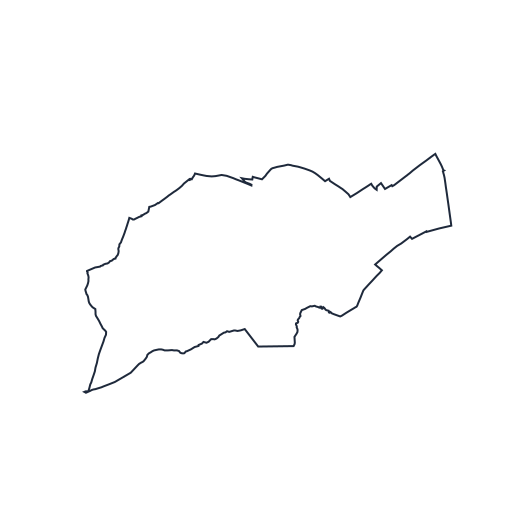 the district of Sarata, Bacau, Romania, rotated 342°
{"feature_id": "2599482B72000183415185", "entity_name": "Sarata", "entity_type": "district", "adm_level": 2, "iso_a3": "ROU", "parent_name": "Romania", "parent_adm1": "Bacau", "projection": "natural_earth1", "projection_center": [26.869, 46.503], "detail": "fine", "context": "isolated", "style": "outline", "palette": "slate", "viewbox_px": 512, "rotation_deg": 342, "n_neighbors": 0, "source": "geoboundaries", "source_scale": "gbopen_adm2", "svg_char_len": 5756}
<svg xmlns="http://www.w3.org/2000/svg" viewBox="0 0 512 512"><g transform="rotate(342 256 256)"><path d="M461.2,232.8L460.7,232.4L460.5,229.2L460.4,228.1L460.1,225.8L459.6,223.0L458.4,216.5L458.1,214.3L456.4,214.8L452.7,216.0L446.9,218.0L442.8,219.3L439.7,220.3L434.9,222.0L431.5,223.2L427.7,224.8L425.7,225.5L423.9,226.2L423.2,226.4L409.3,231.3L407.2,231.7L406.9,230.5L401.3,231.7L399.4,232.1L397.4,225.3L392.3,227.3L391.2,230.3L390.0,228.7L389.5,227.8L389.1,226.9L388.3,224.9L387.9,222.9L387.0,223.1L386.0,223.4L384.9,223.7L384.2,223.9L380.8,224.8L378.7,225.3L371.5,227.3L363.9,229.1L363.6,227.9L363.0,225.8L360.8,222.1L359.5,220.0L358.9,219.0L358.2,218.2L356.7,216.3L356.0,215.4L353.3,212.2L349.5,207.4L349.3,205.1L344.8,206.2L342.6,202.6L339.7,198.1L337.8,195.5L335.8,193.2L333.5,191.2L329.2,187.9L325.6,185.4L323.5,184.0L318.7,181.4L317.3,180.4L314.6,179.0L310.6,178.7L303.7,177.8L300.7,177.7L299.0,177.6L297.6,177.8L296.8,178.2L296.4,178.4L291.8,181.1L289.7,182.7L285.4,184.9L278.5,180.5L277.4,179.7L276.9,180.5L276.5,181.4L276.1,182.1L272.9,180.8L268.9,179.0L266.6,177.7L267.1,178.9L267.8,180.5L268.2,181.7L269.1,182.9L270.6,184.1L272.4,185.5L273.2,186.4L273.7,186.8L273.4,187.5L270.4,184.9L263.1,178.8L260.7,176.9L258.4,174.9L252.9,170.7L251.0,169.7L250.8,169.6L248.3,168.3L245.1,167.9L242.1,167.5L238.4,166.6L233.7,164.6L230.8,163.0L227.5,161.1L223.5,158.7L223.1,159.2L222.0,160.4L220.1,161.8L218.6,163.2L218.0,163.0L217.9,162.5L217.7,162.4L217.4,162.4L216.9,163.0L216.5,163.3L216.2,163.2L216.6,162.6L217.3,162.0L209.9,164.8L207.2,166.4L204.1,167.7L201.8,168.5L199.6,169.2L197.9,169.6L195.7,170.3L193.2,171.1L191.7,171.5L190.0,172.2L189.4,172.4L186.5,173.4L186.2,173.5L184.6,174.0L183.7,174.3L179.6,175.7L179.1,175.3L175.7,176.3L171.2,176.5L169.7,176.3L167.7,179.8L167.3,180.5L165.0,181.3L163.1,181.5L161.5,182.0L159.5,182.0L159.4,182.8L157.2,182.7L156.2,182.8L155.2,183.0L152.9,183.3L151.9,183.5L151.4,183.6L150.2,183.3L149.5,182.4L149.3,182.2L149.2,182.1L148.7,181.7L147.3,180.6L146.2,182.3L145.7,183.0L145.0,184.0L143.9,185.5L142.5,187.5L141.9,188.3L141.5,188.8L141.0,189.6L140.7,190.0L139.5,191.5L138.5,192.9L138.3,193.2L135.6,196.6L135.1,197.2L134.2,198.2L132.9,199.8L131.8,201.3L129.7,202.7L128.9,204.7L128.2,205.4L127.5,206.1L127.1,207.3L126.9,208.9L126.0,210.7L125.4,211.5L124.8,212.3L123.8,212.9L121.8,214.4L121.6,215.0L119.7,214.9L117.3,215.9L115.5,215.8L114.3,216.7L112.5,217.2L110.3,216.9L108.0,217.1L107.5,217.6L105.2,217.5L104.5,217.9L101.5,217.5L99.5,217.2L95.1,217.6L90.7,218.0L90.5,218.5L90.8,219.6L90.3,220.5L90.4,221.5L90.4,223.0L90.2,224.5L89.4,226.4L88.9,228.1L87.8,230.0L86.4,231.9L83.3,235.1L83.1,236.5L83.1,237.4L83.1,238.6L83.0,239.7L83.5,241.1L83.6,242.8L83.3,245.0L82.9,247.5L82.9,249.1L83.3,250.8L84.3,253.4L84.9,254.5L86.8,256.8L86.1,259.6L85.4,261.8L85.3,263.5L86.1,266.7L86.7,269.4L87.1,272.4L87.7,275.6L87.8,277.0L88.3,278.1L89.6,280.5L90.0,281.9L89.0,284.5L86.6,287.1L84.5,290.2L81.9,293.5L78.9,297.3L76.3,300.7L73.9,304.5L71.6,308.6L68.9,312.5L67.1,315.9L64.9,318.9L62.3,322.3L60.2,325.4L59.0,326.6L58.8,326.8L58.2,327.7L56.7,330.1L55.8,331.4L55.1,332.4L54.8,332.9L53.8,332.6L52.3,332.1L52.0,332.1L50.8,332.2L51.1,332.5L52.0,333.5L56.9,333.0L57.7,332.8L58.5,332.7L60.2,332.7L62.1,333.0L63.7,333.0L68.5,333.1L70.6,332.9L76.7,332.6L82.8,332.2L100.8,328.3L109.9,323.3L111.5,322.5L113.9,321.9L115.5,321.7L116.8,321.2L119.5,319.4L121.0,318.2L122.1,316.5L124.0,315.5L126.4,315.0L128.1,314.5L129.9,314.3L132.9,314.6L134.7,314.8L137.1,315.6L138.5,316.4L140.0,317.6L142.8,318.5L147.0,319.5L148.9,320.5L151.6,321.3L153.4,322.6L153.8,323.8L154.2,324.7L155.4,325.6L156.6,326.1L157.8,326.3L159.8,325.1L160.9,325.2L165.2,324.7L169.5,323.6L173.5,323.8L173.9,322.9L177.5,322.6L179.5,321.5L182.1,323.2L184.5,322.9L186.1,322.0L187.7,321.2L189.8,321.9L190.9,322.5L192.9,322.3L195.2,321.4L196.5,320.3L198.2,319.9L201.7,319.0L203.4,319.2L205.2,318.6L207.1,319.9L212.0,320.0L213.0,320.3L215.3,321.6L218.5,322.0L222.7,322.0L230.1,342.8L263.9,353.3L265.4,351.8L266.1,350.5L267.6,344.8L270.7,342.3L271.9,341.1L272.7,339.2L272.8,337.9L272.6,336.6L273.0,335.7L273.0,334.6L272.8,333.5L273.2,332.5L274.1,332.4L275.0,332.4L275.7,331.8L275.9,331.3L275.7,330.3L276.2,329.4L277.8,328.5L278.8,327.4L279.8,326.8L279.9,325.2L280.4,324.1L282.8,321.6L286.5,321.5L288.1,321.1L292.1,320.5L293.6,321.2L296.5,321.5L297.3,322.4L299.5,323.9L299.9,324.2L300.2,324.7L300.9,324.6L301.3,324.3L301.5,324.1L301.8,324.5L302.2,324.5L302.4,324.5L302.4,324.8L302.1,324.8L301.8,325.1L301.7,325.4L301.8,325.6L302.0,325.5L302.3,325.9L302.2,326.2L302.4,326.5L302.8,326.7L303.0,326.7L303.3,326.4L303.3,326.1L303.3,325.9L303.7,325.6L304.0,325.8L304.2,325.7L304.3,325.6L304.5,325.9L304.7,326.3L304.9,326.4L305.1,327.0L305.3,327.5L305.5,328.3L305.7,328.7L306.1,329.2L306.5,329.5L307.4,330.0L307.7,330.2L307.8,330.3L307.9,330.5L308.2,330.6L308.3,331.1L308.1,331.5L307.9,332.0L308.2,332.6L308.6,332.6L308.9,332.5L309.3,332.4L309.3,332.6L309.5,332.8L310.0,333.0L310.1,333.4L310.2,333.8L310.6,334.1L311.7,335.1L315.3,337.9L317.4,339.5L319.2,339.3L324.4,337.9L329.5,336.7L333.5,335.8L335.0,335.4L335.6,335.4L336.1,335.2L337.0,334.4L338.6,332.4L340.6,330.1L342.6,327.8L345.4,324.4L347.5,321.9L348.6,321.2L354.4,317.9L358.8,315.5L361.6,313.9L364.8,312.1L368.4,310.3L371.3,308.5L369.4,305.3L367.8,302.8L366.7,300.9L374.3,297.7L380.5,295.1L385.5,293.2L389.1,291.6L393.4,290.0L397.9,289.0L404.9,286.6L408.5,285.2L409.7,287.9L425.7,285.2L425.7,285.8L430.1,286.0L438.7,286.4L451.1,287.5L451.7,284.4L452.0,282.7L452.3,281.0L453.9,272.0L454.8,267.0L455.6,262.4L456.3,258.4L456.8,255.6L457.2,253.2L457.9,249.0L458.6,245.2L459.5,239.9L459.7,237.8L459.8,236.6L459.8,235.9L459.8,235.5L459.9,234.3L459.9,233.2L460.5,233.0L461.2,232.8Z" fill="none" stroke="#1e293b" stroke-width="2"/></g></svg>